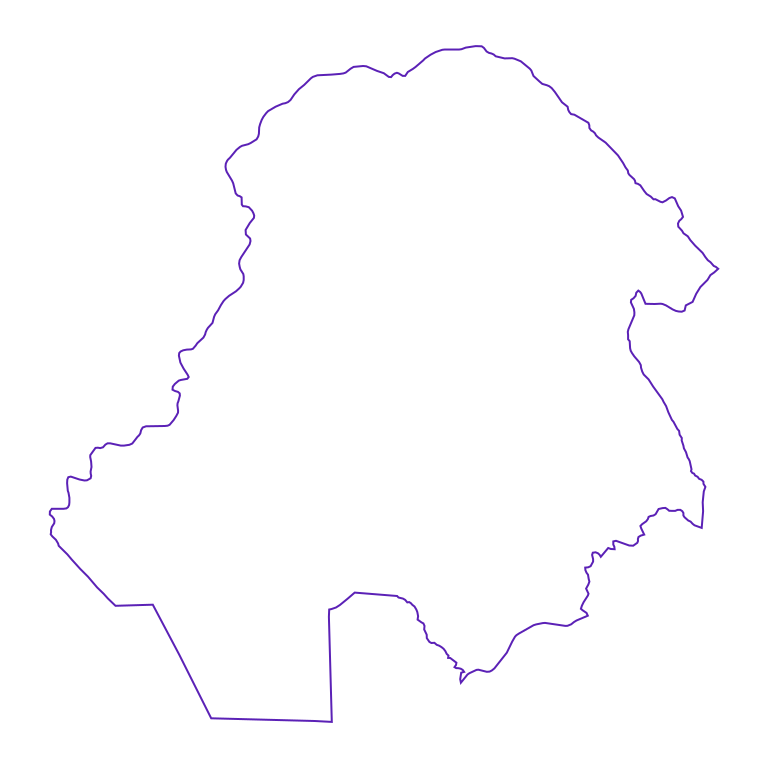 Matungulu, Eastern, Kenya
{"feature_id": "3690345B24621984513520", "entity_name": "Matungulu", "entity_type": "district", "adm_level": 2, "iso_a3": "KEN", "parent_name": "Kenya", "parent_adm1": "Eastern", "projection": "orthographic", "projection_center": [37.26, -1.206], "detail": "fine", "context": "isolated", "style": "outline", "palette": "violet", "viewbox_px": 768, "rotation_deg": 0, "n_neighbors": 0, "source": "geoboundaries", "source_scale": "gbopen_adm2", "svg_char_len": 6025}
<svg xmlns="http://www.w3.org/2000/svg" viewBox="0 0 768 768"><path d="M180.4,362.6L183.6,368.6L187.6,374.7L188.7,377.0L187.3,378.8L180.7,380.0L178.8,380.6L174.9,383.9L172.8,386.6L172.5,389.7L175.0,391.0L178.0,391.9L179.7,393.4L179.9,395.6L178.3,401.5L177.6,403.2L177.4,405.3L178.1,410.8L178.0,412.7L176.2,416.1L173.6,420.1L169.6,424.8L167.6,425.7L164.8,426.0L146.0,426.3L142.7,427.5L141.1,430.2L140.3,433.5L139.0,435.4L137.5,436.8L132.3,443.5L129.4,444.8L124.0,445.6L120.8,445.6L110.1,443.3L107.6,443.3L105.4,444.6L103.0,447.3L100.2,448.1L97.9,447.7L95.5,447.9L90.3,455.1L90.2,457.0L91.1,461.5L91.5,467.0L90.6,471.5L90.7,473.6L91.2,475.9L90.6,478.3L87.0,480.3L84.5,480.5L79.5,479.5L70.8,476.6L68.3,477.2L67.3,479.6L67.1,483.2L67.8,490.8L68.5,492.7L69.4,497.8L69.4,502.5L69.1,505.0L68.0,507.2L66.4,508.4L63.5,508.8L51.8,508.8L49.9,511.5L49.8,514.6L52.2,516.5L54.0,518.9L54.5,521.0L54.2,523.3L51.8,527.0L51.0,530.1L51.1,532.3L50.7,534.3L52.3,536.4L55.9,539.8L58.1,543.5L58.7,545.8L67.4,554.4L71.6,559.4L80.2,568.9L88.0,576.7L97.1,587.4L103.7,593.8L107.8,598.4L115.5,605.8L152.8,604.7L179.3,654.8L211.2,718.3L314.7,721.0L331.8,721.9L328.9,616.8L329.2,609.5L331.3,609.1L336.0,607.5L339.9,605.0L347.5,598.8L354.7,592.6L397.1,596.0L398.5,597.5L403.0,598.6L405.2,599.9L407.3,602.4L409.2,602.1L410.9,603.2L412.3,604.8L414.5,606.5L416.3,609.5L417.3,612.0L418.1,616.2L417.6,619.6L421.5,622.4L423.4,623.4L424.5,625.9L424.2,629.5L426.7,634.7L426.8,638.1L429.4,641.9L431.4,643.0L434.4,642.8L436.7,644.8L439.2,645.7L441.5,647.1L443.6,648.8L445.4,651.2L446.7,653.9L448.5,655.6L448.1,657.9L450.2,658.0L456.4,662.7L456.0,665.0L454.5,667.1L456.1,668.1L458.5,668.2L460.7,668.7L462.7,669.9L464.1,671.9L461.2,672.7L460.2,679.1L460.9,682.7L467.5,674.5L469.4,673.2L476.5,669.9L478.4,669.7L486.8,671.8L489.6,671.6L491.8,670.5L494.4,668.4L506.8,652.7L512.2,641.6L515.0,636.7L516.4,635.2L519.0,633.5L533.6,625.2L536.2,624.4L542.7,623.1L545.0,622.9L565.4,625.9L567.5,625.8L571.2,624.3L573.9,622.1L576.5,620.5L587.8,615.7L586.5,612.9L582.5,610.2L580.9,608.8L581.9,605.7L583.6,602.2L587.9,595.5L588.5,593.7L586.1,588.6L588.3,584.6L589.4,581.6L588.7,579.0L588.0,574.7L586.5,572.7L585.4,570.1L585.2,567.6L588.2,567.3L590.6,566.2L593.1,561.6L593.1,559.1L592.1,554.9L592.8,552.7L595.6,552.3L598.0,553.3L599.6,554.8L600.8,556.8L608.2,548.0L610.9,549.0L614.6,549.2L614.3,546.6L613.3,544.6L613.3,541.4L616.0,540.8L629.2,545.5L633.2,545.7L637.3,542.8L638.0,541.0L637.9,539.0L638.5,537.0L640.8,535.6L644.2,534.6L641.3,528.6L640.4,526.0L642.1,524.2L646.2,521.3L647.8,519.2L648.6,516.9L650.6,516.0L653.5,515.5L655.6,514.2L658.6,509.0L662.6,508.1L665.4,507.9L667.5,509.3L669.2,510.8L675.1,510.9L677.5,509.9L680.4,509.9L682.3,511.2L683.4,513.0L683.4,515.5L684.5,517.2L688.2,520.5L690.6,521.6L692.6,523.8L694.5,525.3L701.7,527.9L703.1,511.2L702.7,502.3L703.1,498.2L703.8,491.4L705.4,486.9L703.5,483.9L703.4,481.6L701.6,479.8L699.1,478.8L697.6,476.8L695.1,475.5L694.1,473.7L692.3,472.9L691.0,471.1L691.5,469.3L689.7,461.1L688.7,459.0L687.6,457.5L686.0,452.2L683.9,448.3L683.4,445.6L681.7,440.5L681.8,438.0L679.6,434.7L679.1,430.9L677.3,428.9L673.5,421.8L671.9,419.9L668.4,412.4L666.1,406.1L663.6,401.9L662.3,399.2L653.1,386.5L648.6,379.4L643.7,374.5L642.2,371.5L641.0,367.6L640.8,365.1L639.1,362.0L634.3,356.4L631.9,352.9L630.7,350.7L630.1,348.2L629.7,341.2L628.1,339.3L628.1,335.1L627.8,331.9L628.4,329.3L634.3,315.3L634.4,312.4L633.9,308.9L630.9,302.4L631.2,299.8L633.5,298.3L635.6,295.9L636.3,292.7L638.3,290.6L640.2,292.0L641.3,293.5L645.5,303.8L654.7,304.0L660.7,303.7L662.6,304.0L666.0,305.4L672.6,309.4L675.9,310.9L678.7,311.5L681.8,311.7L684.6,310.5L685.8,305.4L692.6,301.9L696.2,293.8L700.4,287.0L707.5,279.9L710.4,275.1L714.1,272.5L718.2,268.8L715.9,266.9L713.7,265.9L710.5,262.2L707.8,260.2L705.3,257.0L702.6,252.9L695.1,245.6L690.3,240.1L687.8,236.3L683.5,233.3L682.0,230.7L678.3,226.7L678.0,223.5L679.3,220.8L681.3,219.1L683.0,216.9L681.1,210.6L678.2,206.2L674.8,198.4L672.0,197.1L669.4,198.0L666.0,200.5L662.5,202.3L660.5,201.8L655.4,199.2L653.5,199.3L650.8,196.6L646.6,194.0L644.2,191.0L640.3,185.3L637.8,183.8L635.5,183.2L635.0,180.8L634.1,179.2L629.4,174.9L628.3,173.3L627.8,170.5L625.5,167.4L623.1,163.0L618.0,155.4L605.6,142.6L598.3,137.5L596.1,135.4L594.9,133.2L593.2,131.6L591.1,130.4L589.4,128.0L589.3,125.2L588.4,122.8L574.4,114.7L571.1,114.1L569.3,112.0L568.2,109.8L567.6,106.7L562.0,102.3L554.9,92.0L551.7,88.1L549.2,86.2L546.8,85.2L542.3,83.9L539.5,81.5L533.5,76.0L531.3,70.5L529.8,68.7L520.8,61.3L514.5,58.7L512.3,58.2L504.6,58.4L495.7,56.3L493.7,54.5L491.5,53.5L489.0,52.9L486.6,51.5L483.9,47.9L481.7,46.3L475.7,46.1L465.8,47.6L461.5,49.2L459.3,49.5L444.9,49.5L442.3,49.8L435.7,52.0L430.6,54.7L425.0,58.5L423.2,60.4L415.5,67.0L412.9,68.9L407.8,72.0L405.2,75.9L402.7,75.9L398.7,73.4L396.9,72.8L394.6,73.6L392.7,75.1L391.1,77.1L388.8,76.9L383.8,73.2L377.0,70.9L366.3,66.3L363.1,66.0L353.6,66.9L350.6,68.7L345.7,72.6L343.4,73.4L340.1,73.9L331.5,74.6L317.4,75.3L312.8,76.9L310.9,78.3L304.2,84.9L298.9,89.2L294.3,94.4L290.5,100.0L288.0,102.1L285.3,103.2L282.6,103.7L275.6,106.7L268.1,111.1L266.2,113.1L263.4,116.8L261.7,119.9L260.1,124.1L259.2,127.4L258.9,133.8L258.2,136.5L256.6,139.3L250.7,143.0L248.2,144.2L242.0,145.8L239.9,147.0L236.5,149.8L230.0,157.7L227.9,159.7L226.9,161.2L225.8,163.7L225.5,166.8L226.0,169.8L226.8,172.0L232.0,180.6L233.2,183.3L235.7,193.4L237.6,195.5L239.8,196.2L241.6,197.4L241.8,204.6L243.0,206.2L245.8,206.4L248.8,207.2L252.1,210.7L253.4,213.2L254.2,215.6L253.9,217.9L249.8,223.0L245.6,230.0L245.9,234.5L250.1,238.5L250.5,241.0L249.6,244.5L241.3,257.0L239.6,260.2L239.1,263.6L239.7,266.9L240.4,269.4L243.3,274.0L243.7,276.3L243.7,280.0L243.1,282.8L240.7,286.8L239.2,288.4L236.0,291.3L229.1,295.8L225.3,299.1L223.5,301.1L220.9,305.1L218.1,310.3L215.2,314.3L214.1,316.8L212.5,322.9L208.0,327.8L206.8,329.7L205.7,332.1L205.1,334.5L203.4,337.6L197.3,343.2L195.6,345.7L192.9,348.8L191.0,349.4L186.8,349.6L183.2,350.3L180.6,351.5L179.2,353.1L178.9,355.7L180.4,362.6Z" fill="none" stroke="#5b21b6" stroke-width="2"/></svg>